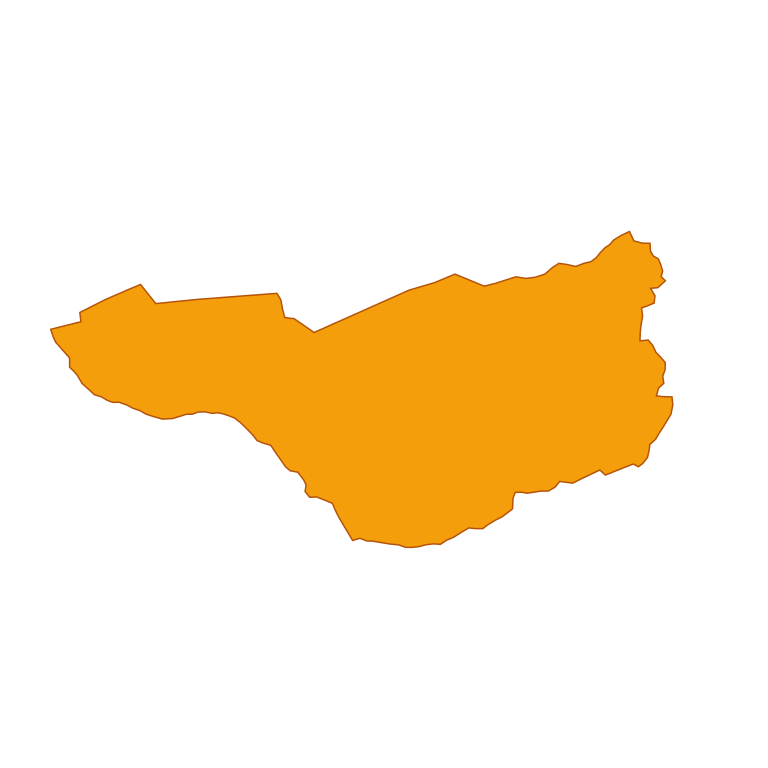 the district of Quixabeira, Bahia, Brazil, rotated 252°
{"feature_id": "56859067B9726767352662", "entity_name": "Quixabeira", "entity_type": "district", "adm_level": 2, "iso_a3": "BRA", "parent_name": "Brazil", "parent_adm1": "Bahia", "projection": "mercator", "projection_center": [-40.125, -11.381], "detail": "fine", "context": "isolated", "style": "filled", "palette": "amber", "viewbox_px": 768, "rotation_deg": 252, "n_neighbors": 0, "source": "geoboundaries", "source_scale": "gbopen_adm2", "svg_char_len": 2225}
<svg xmlns="http://www.w3.org/2000/svg" viewBox="0 0 768 768"><g transform="rotate(252 384 384)"><path d="M438.5,137.7L434.1,143.7L429.1,148.1L424.7,154.1L419.1,162.4L416.5,172.1L416.3,180.5L416.3,186.6L414.5,192.3L414.8,198.3L412.8,205.3L409.2,211.4L408.0,217.1L405.1,222.1L401.9,226.4L397.8,231.4L391.6,235.6L386.4,238.3L381.1,241.0L375.2,243.8L369.4,245.8L365.3,250.6L360.6,257.4L352.7,259.6L344.2,262.2L335.7,264.8L330.5,267.9L326.8,274.7L317.6,278.0L312.0,278.7L306.1,275.7L299.3,278.3L297.3,285.2L292.0,291.5L286.5,298.0L278.9,298.7L271.0,299.9L244.9,305.8L244.7,313.4L240.0,319.2L238.2,324.3L234.6,331.2L229.9,340.3L226.5,348.2L222.1,353.9L220.0,359.9L218.5,367.2L218.2,373.9L216.7,381.5L214.1,388.2L216.1,395.1L216.7,402.7L219.1,411.9L220.9,420.2L218.2,426.3L215.9,433.2L218.0,439.1L220.0,447.4L221.2,455.2L223.2,461.2L225.6,467.7L235.3,471.3L240.4,475.3L238.5,481.5L235.9,486.4L235.0,491.7L233.7,500.0L231.4,507.4L233.1,514.9L237.0,520.9L231.4,532.9L233.1,544.0L235.5,562.7L229.0,566.4L230.3,586.2L230.9,596.3L226.7,600.4L228.5,605.6L232.6,611.8L239.1,615.7L244.3,618.1L247.5,625.2L251.9,630.1L256.3,635.6L262.2,642.5L266.6,647.6L274.8,652.2L282.7,653.9L285.6,645.9L288.5,639.4L295.2,643.8L298.2,650.3L305.3,651.5L310.7,655.8L317.5,658.1L324.0,655.4L330.1,652.4L337.8,651.5L344.2,648.8L345.9,640.8L353.5,643.5L360.3,646.5L368.8,651.0L376.7,652.4L376.9,658.7L377.5,665.9L384.2,669.0L392.6,667.1L391.0,674.2L395.2,683.5L400.4,680.8L405.3,683.9L412.6,684.1L418.3,683.5L422.5,679.7L427.9,678.5L435.6,680.5L438.2,673.0L442.9,665.9L453.2,664.6L452.0,655.4L450.0,647.1L446.8,641.7L445.3,636.3L442.3,630.6L438.4,624.6L436.4,618.4L437.0,611.5L436.5,602.8L441.4,594.4L444.7,587.6L442.7,580.1L438.8,571.1L438.8,560.8L440.6,551.5L445.2,542.5L445.3,520.9L446.1,509.5L466.6,485.4L464.8,463.5L465.5,436.8L454.6,333.4L473.9,318.7L477.8,310.2L486.3,310.6L496.0,311.9L503.3,310.2L522.0,233.3L531.0,191.8L553.9,183.2L552.8,169.9L550.4,145.1L546.0,116.8L536.9,115.0L539.0,83.9L530.8,84.0L525.4,84.6L520.1,86.9L514.3,89.4L505.9,93.0L497.1,90.2L492.1,92.9L486.8,95.1L477.8,97.0L469.6,101.8L463.4,105.2L459.2,111.1L453.7,116.1L450.4,120.3L448.5,126.4L443.5,132.9L438.5,137.7Z" fill="#f59e0b" stroke="#b45309" stroke-width="1.5"/></g></svg>